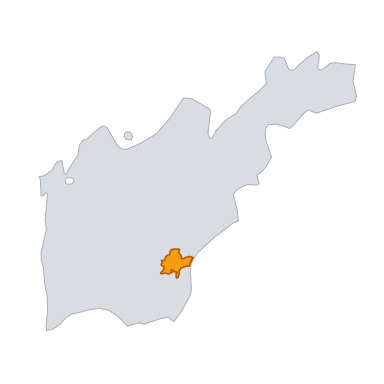 location of Vagharshapat, Armavir, Armenia, rotated 276°
{"feature_id": "60910142B34420650241433", "entity_name": "Vagharshapat", "entity_type": "district", "adm_level": 2, "iso_a3": "ARM", "parent_name": "Armenia", "parent_adm1": "Armavir", "projection": "mercator", "projection_center": [44.272, 40.151], "detail": "fine", "context": "in_parent", "style": "filled", "palette": "amber", "viewbox_px": 384, "rotation_deg": 276, "n_neighbors": 0, "source": "geoboundaries", "source_scale": "gbopen_adm2", "svg_char_len": 3346}
<svg xmlns="http://www.w3.org/2000/svg" viewBox="0 0 384 384"><g transform="rotate(276 192 192)"><path d="M168.3,241.1L165.0,235.6L148.1,217.8L132.5,204.1L121.8,198.4L110.9,199.0L94.2,201.7L88.0,200.6L73.4,194.6L61.2,187.5L62.9,184.5L65.4,182.4L62.4,173.1L55.6,158.2L56.3,153.5L54.2,147.0L51.8,142.1L61.4,130.4L65.7,121.0L66.7,111.8L64.1,102.2L57.8,84.9L54.0,79.8L46.8,75.1L40.7,67.4L39.2,61.9L44.3,60.8L59.1,60.7L73.5,58.8L84.8,55.2L101.2,52.2L107.9,49.5L115.7,48.2L139.6,51.1L148.5,48.9L175.4,48.5L176.1,47.3L172.5,43.7L172.5,42.3L188.5,39.9L191.0,38.2L193.1,44.0L199.1,50.5L205.6,53.1L209.1,56.7L209.3,59.4L197.7,62.7L196.9,64.4L197.7,66.0L201.1,66.8L217.4,74.9L226.7,75.1L231.6,77.6L234.0,82.4L241.7,89.0L247.9,95.4L248.3,97.6L247.1,100.9L229.8,113.3L227.6,117.6L227.4,122.2L235.0,135.7L246.2,150.5L262.3,161.7L284.6,173.8L284.9,181.3L281.3,190.2L278.3,196.3L276.9,200.4L274.2,202.1L252.1,201.7L248.7,203.2L247.3,204.9L247.2,206.4L255.1,209.1L267.6,218.6L274.7,227.8L282.2,231.8L290.5,239.2L297.2,246.0L307.6,254.8L319.3,251.9L334.8,259.8L335.4,265.1L334.5,269.9L324.7,275.0L323.5,277.2L323.5,279.0L324.8,281.5L330.5,285.8L337.2,292.1L344.8,301.5L341.4,304.2L334.4,304.6L328.8,303.5L326.9,305.4L327.0,308.5L334.2,315.6L335.6,320.8L335.3,329.8L335.7,341.1L318.9,340.4L304.5,345.8L299.1,344.7L295.5,335.1L292.5,327.3L283.3,307.2L285.8,298.9L280.7,294.1L268.4,285.6L265.3,282.0L267.0,277.1L268.2,268.2L267.1,261.0L263.8,258.8L257.6,258.7L250.2,260.4L235.2,267.4L224.8,263.0L218.8,258.5L215.4,254.7L207.6,257.8L205.7,256.3L205.3,247.0L202.9,242.0L198.3,236.1L193.9,233.3L177.9,239.1L168.3,241.1ZM193.1,72.2L193.6,68.8L192.9,65.7L190.3,64.7L187.1,65.5L186.8,68.9L187.8,72.2L191.0,73.7L193.1,72.2ZM244.5,125.0L240.8,127.1L237.4,126.2L237.4,120.9L239.8,118.8L242.7,118.9L245.5,120.8L244.5,125.0Z" fill="#d9dde1" stroke="#a8b0b8" stroke-width="1"/><path d="M108.8,178.5L109.5,179.8L110.2,180.7L110.7,179.6L112.5,179.6L112.7,180.6L111.8,181.8L110.8,182.6L110.9,184.0L110.7,185.2L108.9,184.7L106.4,185.0L104.9,185.5L105.5,187.0L107.1,187.4L109.0,187.9L111.7,187.5L113.9,188.4L115.0,188.9L115.7,190.4L116.6,192.1L117.0,193.2L118.0,194.4L117.8,195.5L117.9,196.6L118.0,197.2L118.3,197.2L118.6,197.3L118.9,197.5L119.1,197.5L119.4,197.5L119.7,197.5L119.9,197.3L120.1,197.2L120.3,197.2L120.7,197.2L121.0,197.4L121.1,197.6L121.2,197.8L121.4,197.9L121.5,198.0L121.8,198.0L122.2,197.9L122.4,197.9L122.4,198.3L122.5,198.5L122.7,198.8L122.9,198.9L123.0,198.8L123.3,198.7L123.7,198.6L123.9,198.5L124.2,198.5L124.5,198.5L124.7,198.9L124.8,199.0L125.0,199.2L125.2,199.4L125.4,199.5L125.6,199.5L125.8,199.5L126.1,199.3L126.3,199.3L126.5,199.4L126.6,199.7L126.7,199.9L127.5,198.3L127.6,196.8L127.4,195.1L126.4,193.4L126.1,192.0L125.0,191.0L124.7,190.1L124.9,189.0L125.3,188.2L126.6,188.2L127.6,187.8L128.5,187.0L129.4,185.7L130.0,185.3L130.8,185.1L131.8,185.3L132.6,185.8L132.9,185.8L133.8,185.0L133.6,181.8L133.2,179.0L132.9,178.2L132.4,177.5L131.0,176.5L128.0,176.5L127.2,175.9L126.7,174.6L126.1,173.6L124.4,172.5L123.0,172.2L121.5,172.2L121.1,171.4L120.8,170.5L120.9,168.9L118.9,169.3L117.8,169.3L116.6,168.9L115.8,169.3L115.2,171.1L114.5,171.8L113.5,172.1L112.1,171.8L110.0,170.7L108.3,169.3L107.8,169.3L107.5,169.8L107.7,171.3L108.4,173.4L108.5,174.3L108.2,176.1L108.0,177.4L108.2,178.1L108.8,178.5Z" fill="#f59e0b" stroke="#b45309" stroke-width="1.5"/></g></svg>